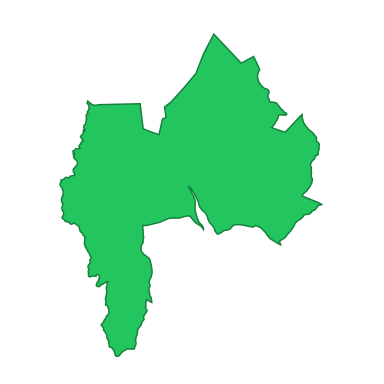 Maragwa, Central, Kenya (Albers equal-area conic projection), rotated 263°
{"feature_id": "3690345B66962140424276", "entity_name": "Maragwa", "entity_type": "district", "adm_level": 2, "iso_a3": "KEN", "parent_name": "Kenya", "parent_adm1": "Central", "projection": "albers", "projection_center": [37.15, -0.878], "detail": "fine", "context": "isolated", "style": "filled", "palette": "green", "viewbox_px": 384, "rotation_deg": 263, "n_neighbors": 0, "source": "geoboundaries", "source_scale": "gbopen_adm2", "svg_char_len": 5870}
<svg xmlns="http://www.w3.org/2000/svg" viewBox="0 0 384 384"><g transform="rotate(263 192 192)"><path d="M346.0,232.9L328.1,220.5L309.4,210.5L296.6,196.9L283.6,181.9L282.3,179.5L279.7,175.1L269.0,175.4L268.2,171.7L253.0,166.2L255.9,160.0L260.7,151.2L285.9,151.3L290.0,110.4L289.8,106.7L290.0,105.5L290.9,103.5L295.0,99.6L292.6,98.6L291.8,99.7L290.7,100.3L287.4,99.9L285.9,99.4L285.0,98.4L284.3,97.9L282.2,98.1L281.9,97.0L281.2,96.2L280.1,96.4L278.3,96.1L277.4,96.3L276.7,95.9L274.4,95.4L272.2,94.4L271.9,93.4L271.0,92.9L270.1,92.9L269.2,92.4L268.2,93.0L265.7,93.4L265.9,92.4L266.7,91.9L265.9,91.6L264.0,91.3L263.2,91.0L261.4,88.8L260.4,88.1L258.4,89.2L257.5,89.5L256.7,89.4L255.9,90.2L255.3,89.5L254.9,88.3L251.8,85.8L250.8,85.2L249.8,85.6L249.1,86.2L248.7,85.1L248.7,83.1L249.2,82.0L247.4,80.3L247.4,79.1L246.6,78.7L245.5,79.1L244.4,78.6L243.9,79.3L244.8,79.7L244.4,80.4L243.5,80.2L242.1,78.6L241.4,78.8L240.9,79.4L239.7,79.1L239.2,79.8L237.3,81.1L236.3,81.8L235.3,82.1L233.5,81.5L232.3,80.7L231.6,79.6L229.1,77.0L228.2,76.7L226.1,76.9L225.1,77.4L223.1,77.7L222.8,76.8L222.5,72.8L221.5,72.4L221.2,71.5L221.2,70.4L221.8,69.7L221.8,68.5L221.5,67.6L220.7,67.1L220.5,66.1L219.5,64.5L219.9,63.5L218.7,63.2L217.7,63.4L216.9,62.5L215.9,61.9L215.1,62.1L214.3,62.0L213.3,62.8L210.9,63.8L209.9,63.6L209.1,64.2L206.8,64.2L204.9,63.4L204.1,63.6L202.7,62.1L200.3,61.5L197.8,61.4L196.2,62.3L194.5,62.0L193.6,61.4L192.6,61.0L189.8,60.9L188.1,61.9L186.7,62.2L184.8,61.5L182.4,59.9L181.5,60.1L179.6,62.3L178.5,62.5L177.6,63.9L177.9,65.0L177.5,66.0L176.3,66.4L175.3,67.2L174.8,68.3L174.8,69.2L175.8,71.0L175.5,71.8L174.6,72.1L174.2,73.3L173.1,73.8L172.0,75.4L166.7,76.2L166.0,76.6L164.8,77.9L161.7,79.1L161.1,80.0L160.3,80.3L159.2,79.9L157.0,79.8L155.3,79.1L153.9,78.9L152.5,79.0L149.0,80.0L148.2,80.5L144.5,81.9L144.0,82.5L143.0,82.6L140.5,83.3L139.4,84.2L138.2,83.5L136.9,82.2L135.0,82.5L134.2,82.2L133.3,81.6L131.8,80.0L129.4,79.6L127.2,80.3L125.8,79.2L125.0,79.4L121.9,79.1L120.9,79.2L120.2,80.1L120.2,81.1L121.0,83.6L120.2,85.1L120.1,86.1L120.4,86.8L121.5,87.1L121.6,88.0L121.5,88.9L120.7,89.5L119.6,89.9L117.5,89.3L116.2,88.6L115.2,88.7L114.3,87.2L111.2,85.6L110.2,86.1L109.7,86.8L109.3,88.4L109.6,89.1L111.2,89.7L110.9,91.5L112.1,93.3L112.5,94.9L113.4,96.5L113.2,97.5L111.1,96.4L109.3,96.3L108.3,95.5L105.7,95.2L103.6,95.4L101.9,94.7L100.9,94.7L96.9,93.2L95.4,93.0L93.0,93.3L91.1,92.4L90.2,92.6L89.8,93.6L88.9,94.3L85.6,95.1L82.3,94.9L80.8,94.0L80.1,93.3L79.7,92.3L77.5,91.2L76.6,90.4L75.9,89.5L73.4,88.1L71.4,85.8L70.5,85.8L68.6,87.3L67.6,87.7L65.7,87.4L63.4,88.8L61.2,89.7L60.3,90.0L57.7,89.8L56.6,90.1L53.9,91.5L52.9,90.9L50.4,91.2L49.3,90.9L48.2,91.3L47.3,93.6L46.1,93.9L44.2,95.2L40.0,96.0L39.1,96.0L38.3,96.6L38.0,97.4L38.0,98.2L38.7,100.3L39.7,100.9L41.0,102.3L42.4,104.5L44.0,108.2L44.0,109.3L43.4,113.1L43.2,115.6L45.1,116.2L46.8,117.4L47.8,117.8L49.8,118.1L50.8,117.8L51.9,117.9L55.6,119.2L57.5,120.3L62.2,121.5L63.2,122.0L63.6,122.8L66.4,125.5L68.2,126.0L69.4,126.8L71.2,128.8L72.2,128.9L73.9,128.7L74.7,129.0L79.2,132.8L80.3,132.9L83.4,131.6L84.1,132.4L86.6,132.4L89.0,133.2L90.9,133.6L89.1,136.1L87.8,137.5L87.3,138.7L92.0,138.6L94.2,137.7L96.0,137.4L98.1,137.6L100.5,137.3L101.4,137.4L103.9,139.0L105.3,138.9L106.5,138.5L109.6,139.0L111.6,140.5L113.2,141.3L117.0,142.6L121.9,142.8L129.3,142.1L130.5,141.8L131.5,141.3L135.6,137.0L137.8,135.4L138.9,134.7L140.0,134.4L143.1,134.7L145.2,135.3L147.9,137.3L150.1,137.6L152.3,138.4L154.6,138.5L155.9,138.3L159.6,138.8L163.3,138.8L164.7,139.1L164.4,141.3L164.4,143.9L165.9,156.6L167.8,162.7L168.6,165.8L168.7,167.0L167.7,176.6L168.6,181.3L168.8,183.5L168.7,185.6L168.5,186.4L168.1,187.1L161.7,191.3L160.7,192.2L156.8,197.0L153.5,198.8L154.4,199.0L156.7,198.3L158.3,197.4L159.8,196.2L161.4,195.2L165.0,194.1L170.7,193.2L173.8,192.9L177.9,193.3L182.3,194.2L187.1,193.2L189.4,192.2L194.4,190.7L196.4,189.5L197.3,189.2L197.3,190.2L196.6,190.8L192.2,193.2L184.6,196.1L181.8,196.9L180.6,197.2L176.5,197.7L172.7,199.9L170.3,202.0L168.5,203.2L166.3,204.1L163.0,204.6L159.7,205.6L156.1,208.3L153.5,209.5L152.3,209.9L150.4,210.0L147.0,212.1L147.8,215.4L149.8,219.0L150.0,220.1L149.9,222.5L150.3,224.5L151.4,226.3L153.3,228.2L154.2,229.9L154.0,233.4L153.3,237.5L150.2,246.5L149.8,248.4L150.5,250.2L151.1,250.9L148.4,255.6L147.4,256.5L142.7,260.1L137.8,262.7L135.9,264.2L129.8,271.9L128.8,273.6L130.1,273.4L132.2,272.6L133.6,275.0L134.7,277.7L135.8,279.2L138.8,282.2L140.8,284.6L145.1,288.5L148.2,290.5L150.0,292.6L150.9,294.1L151.7,296.2L152.1,296.9L154.4,299.6L155.3,300.3L155.8,301.2L155.7,305.0L155.9,305.9L156.9,307.5L158.4,309.0L159.4,312.2L161.2,313.7L163.1,315.7L163.5,316.8L163.5,318.1L163.8,319.2L165.7,316.7L174.2,301.6L175.2,300.9L177.5,303.4L179.0,306.0L180.6,307.3L182.0,308.9L186.0,311.8L189.2,312.9L190.5,313.0L192.4,312.2L193.4,312.2L196.6,313.0L199.2,312.9L201.4,313.4L202.4,313.4L203.9,312.8L204.9,312.9L207.7,314.6L210.5,318.0L212.5,318.8L213.4,320.6L213.5,321.6L214.4,322.0L215.7,321.8L218.9,323.3L221.5,323.6L223.2,324.1L224.2,324.0L225.4,323.5L227.0,322.1L227.7,321.7L230.9,322.1L231.8,321.8L233.2,320.7L235.2,319.7L236.0,319.1L238.3,317.0L239.0,316.1L239.8,315.6L240.5,314.7L242.0,314.2L243.7,312.7L244.8,312.5L246.9,311.3L251.5,310.5L255.5,310.7L253.4,307.9L245.3,298.3L240.0,291.7L244.9,281.3L246.2,279.1L246.5,279.9L247.5,280.2L248.3,280.8L248.5,281.5L250.0,282.8L251.4,283.4L252.8,285.0L253.6,285.6L256.9,287.1L257.8,288.1L257.9,289.4L257.5,290.3L257.8,291.1L256.9,292.8L257.1,295.1L257.8,295.6L258.7,295.2L260.1,293.2L261.3,292.6L263.3,290.9L264.8,289.8L269.4,287.1L270.1,286.5L271.2,283.8L271.8,280.6L272.4,280.0L274.5,279.8L277.7,279.0L278.7,279.2L280.9,280.4L282.2,280.8L283.6,280.3L284.6,279.5L286.1,276.4L288.7,274.1L292.4,272.1L294.9,271.3L298.2,271.1L300.0,271.4L302.7,272.3L305.0,274.1L306.7,273.7L319.0,269.7L313.9,256.5L346.0,232.9Z" fill="#22c55e" stroke="#15803d" stroke-width="1.5"/></g></svg>